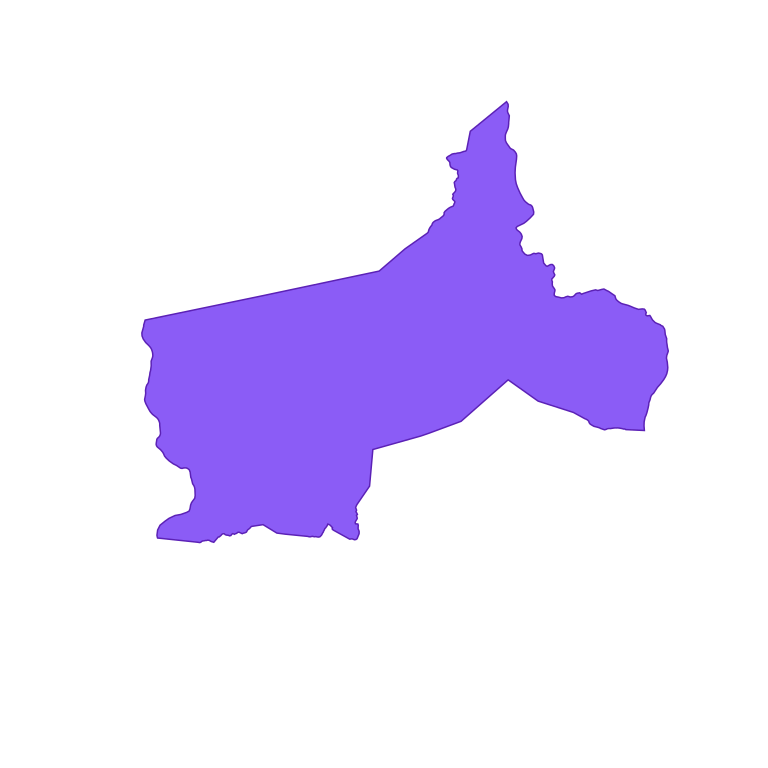 Pilão Arcado, Bahia, Brazil, rotated 141°
{"feature_id": "56859067B31784854037335", "entity_name": "Pilão Arcado", "entity_type": "district", "adm_level": 2, "iso_a3": "BRA", "parent_name": "Brazil", "parent_adm1": "Bahia", "projection": "orthographic", "projection_center": [-43.194, -9.96], "detail": "fine", "context": "isolated", "style": "filled", "palette": "violet", "viewbox_px": 768, "rotation_deg": 141, "n_neighbors": 0, "source": "geoboundaries", "source_scale": "gbopen_adm2", "svg_char_len": 6171}
<svg xmlns="http://www.w3.org/2000/svg" viewBox="0 0 768 768"><g transform="rotate(141 384 384)"><path d="M111.1,526.3L157.9,526.1L172.4,514.0L173.4,513.6L174.5,513.8L175.3,514.4L179.0,515.7L180.2,516.3L181.3,517.1L183.3,518.0L184.3,518.8L185.4,519.4L186.5,519.9L188.7,520.1L190.7,520.5L192.8,520.5L193.4,519.8L193.5,518.3L193.3,516.6L193.3,515.4L193.6,514.4L194.3,513.5L195.0,512.3L195.5,510.9L195.3,509.5L194.1,506.6L193.3,505.5L192.4,504.3L192.4,503.3L194.2,501.5L194.6,500.5L194.8,499.6L195.6,498.5L196.5,497.5L197.5,497.8L198.5,497.7L199.5,497.0L200.6,496.7L201.5,496.8L202.7,496.3L203.4,494.9L204.2,493.6L205.0,492.1L205.3,490.9L206.0,489.7L207.1,488.9L208.9,488.5L210.3,488.4L211.2,488.1L211.4,487.0L212.2,486.2L214.0,485.2L214.4,484.2L214.1,481.3L215.1,480.3L216.0,480.0L217.0,479.3L218.5,478.7L219.8,479.2L221.2,479.6L223.2,479.9L224.9,479.9L227.9,479.8L229.5,479.3L230.3,478.2L231.5,477.5L232.7,477.4L235.8,477.4L236.7,477.3L238.4,477.6L240.1,478.2L241.4,478.6L243.6,478.7L244.8,478.5L245.7,478.1L246.9,477.3L248.6,477.0L250.2,476.5L251.8,475.8L253.1,474.9L254.2,474.1L255.6,474.0L282.6,475.8L316.7,474.8L422.2,528.7L529.4,584.0L533.7,581.0L534.4,580.1L540.0,576.1L541.8,573.6L542.8,570.5L543.1,566.2L542.6,562.1L542.5,559.3L542.8,557.4L543.3,556.0L543.8,554.7L544.7,553.1L546.0,551.3L547.4,550.2L550.6,548.3L553.5,544.6L555.1,543.1L556.9,541.4L558.6,540.2L560.8,538.1L564.2,535.4L565.2,534.2L566.4,533.3L568.0,532.7L568.9,532.5L570.9,531.3L573.3,529.2L575.1,526.7L576.9,525.0L579.7,522.7L580.6,521.2L581.5,518.5L582.6,512.9L583.1,509.9L583.1,508.1L583.0,506.1L581.8,501.0L581.7,499.3L581.9,497.8L582.5,495.8L583.3,494.2L584.1,493.3L588.6,486.5L589.4,485.7L590.9,484.8L592.7,484.4L594.1,484.4L595.3,484.0L598.3,481.3L599.2,480.3L599.7,479.0L599.8,477.7L599.0,473.6L598.9,470.4L599.2,468.5L599.9,466.1L599.9,463.5L599.4,459.7L599.0,458.1L598.0,454.5L596.5,451.3L595.1,446.7L594.1,445.5L592.3,444.7L590.5,443.3L589.8,441.9L589.3,440.0L590.1,437.5L592.9,433.0L593.3,431.5L595.5,426.9L595.7,424.9L596.1,423.3L597.1,421.3L600.9,416.2L603.0,414.3L606.2,413.5L608.3,412.9L610.5,411.6L613.2,409.2L615.4,407.9L618.1,408.4L624.0,410.5L629.1,413.3L635.6,414.9L640.3,415.2L646.9,415.2L651.8,413.0L655.6,409.4L656.5,407.8L656.9,406.8L628.6,378.5L627.8,377.6L627.0,376.7L626.0,376.3L624.8,376.4L623.6,376.1L622.6,375.4L621.3,374.8L620.6,374.2L619.3,373.6L618.3,372.6L617.4,370.3L615.9,368.1L609.1,369.4L608.1,368.8L607.0,368.9L605.9,368.9L604.7,369.2L603.5,369.0L602.4,368.2L602.2,366.8L601.6,365.8L600.3,364.5L599.5,363.1L598.3,362.6L596.9,363.0L595.7,362.9L595.2,362.1L594.8,361.3L593.8,361.2L592.6,360.7L590.9,360.7L589.9,360.0L588.4,356.9L587.2,356.6L585.8,355.9L584.1,355.5L581.9,356.4L580.7,356.4L579.4,356.3L577.9,356.6L576.6,356.7L566.5,350.8L561.1,335.6L555.3,329.5L539.2,313.6L538.5,312.6L537.6,311.7L536.5,311.2L535.3,310.5L534.4,309.2L533.0,308.3L532.0,307.0L531.0,306.1L530.0,305.6L527.9,305.8L527.0,306.1L525.8,306.7L524.2,307.2L523.3,307.8L522.1,308.2L521.0,308.9L520.0,308.9L519.0,309.2L518.1,309.4L516.9,309.9L515.8,310.5L514.9,308.9L514.6,307.3L514.6,306.0L514.4,304.8L515.5,304.0L515.4,302.5L508.3,285.0L506.9,284.2L506.1,283.6L505.6,282.6L504.9,281.5L503.7,280.8L502.3,280.7L497.6,283.3L496.9,284.1L496.1,285.1L495.7,286.1L495.3,287.7L493.7,289.6L492.9,290.4L492.4,291.6L494.1,293.3L493.6,294.5L492.4,295.2L489.6,296.2L489.0,297.0L488.0,299.3L486.8,299.3L486.4,300.6L486.2,302.4L484.7,303.2L484.2,304.6L484.0,305.6L482.9,306.4L481.0,307.3L459.5,313.7L433.9,340.1L388.1,320.4L379.9,317.4L347.6,306.5L284.9,309.1L275.0,273.7L254.7,242.7L249.7,230.5L249.1,229.5L248.5,228.0L248.3,226.2L248.9,224.9L249.0,223.2L248.5,221.6L247.5,219.0L245.9,216.9L244.1,214.3L243.7,213.2L241.5,209.7L240.4,209.1L238.5,208.6L237.3,207.9L236.0,206.8L233.2,205.2L232.0,204.4L231.2,203.7L230.2,203.0L229.0,201.8L227.1,199.6L226.1,198.2L225.2,197.5L224.8,196.4L210.9,184.0L208.3,187.8L205.7,190.8L203.8,192.4L201.8,194.0L200.4,194.6L197.7,196.3L194.2,198.9L191.6,201.0L190.0,202.7L187.2,204.3L185.0,206.0L183.9,206.6L182.4,207.1L180.2,207.2L173.6,209.3L168.8,210.1L163.7,211.4L160.5,212.6L157.8,214.0L155.0,216.2L153.1,218.2L152.5,219.1L150.1,222.7L148.2,226.4L146.3,228.2L142.7,230.4L142.1,231.1L140.8,233.9L139.1,236.7L138.2,238.3L137.2,239.7L135.8,241.3L134.3,245.4L131.9,249.1L131.4,250.2L131.0,253.4L131.9,255.3L132.0,256.2L133.9,259.6L134.6,261.1L135.0,264.6L134.8,266.3L134.3,269.1L134.3,270.0L136.6,271.3L137.1,272.8L136.5,273.8L135.3,274.3L134.5,277.1L134.6,278.4L136.0,279.8L137.7,280.9L139.2,281.8L141.6,285.6L143.6,289.4L144.8,291.5L148.2,296.2L149.0,297.5L149.9,300.3L150.3,302.6L150.3,303.7L150.1,304.7L149.0,307.3L149.9,310.2L151.2,314.7L152.1,316.5L153.3,319.4L155.3,320.5L159.0,322.1L160.3,324.0L164.4,326.0L172.3,329.0L173.9,329.4L174.5,331.7L176.8,333.0L178.2,333.3L180.0,333.0L181.4,332.9L182.6,333.2L184.5,334.4L185.4,335.8L186.1,336.6L187.8,337.3L189.8,337.8L191.9,339.2L193.8,341.8L195.1,343.3L195.7,344.2L195.8,346.0L194.4,347.5L192.5,348.9L191.8,349.8L191.6,351.3L191.4,354.1L190.4,355.7L189.6,356.7L188.9,357.3L188.3,359.0L187.5,360.0L186.1,360.2L183.9,360.6L182.6,361.3L182.1,363.6L181.5,364.9L178.8,366.4L178.2,367.1L177.7,369.0L177.9,370.8L178.6,371.5L179.6,372.1L183.2,372.8L183.7,374.0L183.8,377.5L179.7,384.7L179.7,386.0L180.2,386.9L181.6,388.6L184.1,389.7L184.8,390.7L185.6,391.4L188.9,392.1L190.4,392.9L191.7,393.8L192.8,396.4L192.9,400.2L192.5,401.2L191.7,402.3L191.1,404.5L190.9,406.2L190.5,407.2L189.3,408.2L188.3,408.8L185.4,410.2L183.8,411.7L183.0,414.0L182.9,415.1L182.9,416.6L183.1,417.6L183.6,419.7L183.6,421.0L183.2,422.2L181.4,422.6L174.2,420.9L171.0,420.8L165.9,421.1L161.0,421.8L159.4,423.4L157.6,427.2L157.2,428.4L157.1,429.5L157.3,430.7L158.5,432.6L159.0,434.8L159.4,436.7L159.5,439.0L159.1,441.5L158.1,446.8L156.6,452.4L155.2,456.4L153.3,460.0L149.2,465.7L145.5,469.8L139.7,475.2L137.3,477.8L136.3,479.6L136.0,481.6L136.1,484.3L137.4,487.2L137.5,488.3L137.1,494.3L136.4,496.8L134.7,499.1L133.1,501.0L132.2,501.7L130.1,502.9L127.3,504.3L125.4,505.7L123.3,507.8L122.6,508.7L120.5,510.8L117.8,513.6L117.1,516.6L116.7,517.8L115.7,519.1L112.8,521.5L111.5,523.3L111.1,526.3Z" fill="#8b5cf6" stroke="#5b21b6" stroke-width="1.5"/></g></svg>